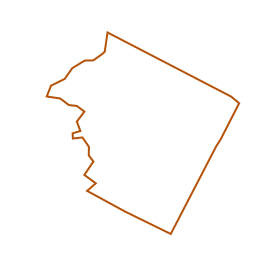 the district of Brown, Illinois, United States of America, rotated 207°
{"feature_id": "52423323B24893766187997", "entity_name": "Brown", "entity_type": "district", "adm_level": 2, "iso_a3": "USA", "parent_name": "United States of America", "parent_adm1": "Illinois", "projection": "equal_earth", "projection_center": [-90.654, 39.973], "detail": "fine", "context": "isolated", "style": "outline", "palette": "amber", "viewbox_px": 256, "rotation_deg": 207, "n_neighbors": 0, "source": "geoboundaries", "source_scale": "gbopen_adm2", "svg_char_len": 521}
<svg xmlns="http://www.w3.org/2000/svg" viewBox="0 0 256 256"><g transform="rotate(207 128 128)"><path d="M214.7,119.2L201.8,123.5L191.1,121.6L183.6,124.4L174.3,122.8L176.5,110.5L169.1,103.7L174.9,98.1L172.3,93.6L164.3,98.9L154.3,93.5L150.5,85.8L143.6,82.4L145.6,66.4L131.6,64.1L135.9,53.4L92.5,52.2L41.8,53.0L41.1,152.1L40.3,159.8L40.2,200.5L50.2,202.8L189.6,203.8L183.4,185.5L184.4,182.5L189.6,172.5L197.2,168.4L204.8,156.1L206.7,143.0L215.8,130.8L214.7,119.2Z" fill="none" stroke="#b45309" stroke-width="2"/></g></svg>